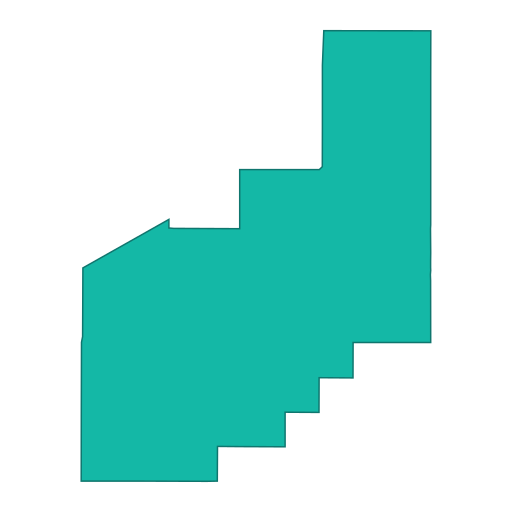 Quay, New Mexico, United States of America (Natural Earth projection)
{"feature_id": "52423323B94362729193346", "entity_name": "Quay", "entity_type": "district", "adm_level": 2, "iso_a3": "USA", "parent_name": "United States of America", "parent_adm1": "New Mexico", "projection": "natural_earth1", "projection_center": [-103.459, 35.172], "detail": "fine", "context": "isolated", "style": "filled", "palette": "teal", "viewbox_px": 512, "rotation_deg": 0, "n_neighbors": 0, "source": "geoboundaries", "source_scale": "gbopen_adm2", "svg_char_len": 650}
<svg xmlns="http://www.w3.org/2000/svg" viewBox="0 0 512 512"><path d="M139.2,481.1L207.0,481.3L217.3,481.1L217.5,446.4L240.2,446.6L285.1,446.8L285.1,412.2L302.0,412.3L319.0,412.4L319.1,377.7L353.0,377.9L353.1,342.5L430.7,342.5L430.6,280.6L430.4,274.6L430.7,270.4L430.6,267.6L430.6,266.8L430.6,261.0L430.7,253.4L430.7,252.0L430.7,251.7L430.6,240.2L430.5,228.5L430.7,225.0L430.7,77.2L430.8,30.8L323.8,30.7L322.4,65.2L322.4,127.9L322.3,166.7L319.3,169.6L239.7,169.6L239.7,228.7L173.6,228.4L168.9,228.0L168.9,219.4L82.9,267.9L82.8,291.1L82.6,336.6L81.5,342.3L81.3,411.9L81.2,481.1L139.2,481.1Z" fill="#14b8a6" stroke="#0f766e" stroke-width="1.5"/></svg>